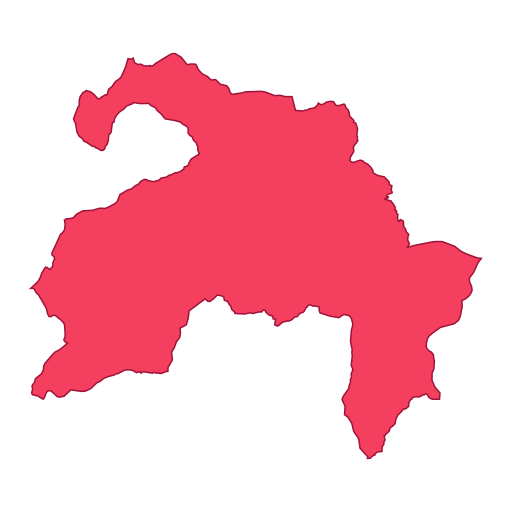 outline of Santiago, Morona Santiago, Ecuador
{"feature_id": "8360857B27745190393271", "entity_name": "Santiago", "entity_type": "district", "adm_level": 2, "iso_a3": "ECU", "parent_name": "Ecuador", "parent_adm1": "Morona Santiago", "projection": "albers", "projection_center": [-78.365, -2.749], "detail": "fine", "context": "isolated", "style": "filled", "palette": "rose", "viewbox_px": 512, "rotation_deg": 0, "n_neighbors": 0, "source": "geoboundaries", "source_scale": "gbopen_adm2", "svg_char_len": 5981}
<svg xmlns="http://www.w3.org/2000/svg" viewBox="0 0 512 512"><path d="M83.1,92.4L80.1,96.7L79.2,100.6L79.3,105.1L77.6,107.9L73.5,118.9L75.6,123.8L77.0,132.1L79.2,136.3L82.5,138.8L83.9,141.2L86.7,142.4L92.2,146.2L94.7,146.6L95.9,148.0L97.5,148.2L100.7,150.4L103.1,150.3L104.8,148.8L105.1,146.6L107.3,143.9L108.3,140.3L108.8,134.8L110.5,133.3L111.2,131.8L112.3,123.0L114.0,122.1L114.6,118.7L116.7,115.1L119.4,112.1L123.8,109.0L126.6,106.0L132.0,103.9L133.9,102.6L140.0,103.6L148.7,103.4L150.7,105.4L155.5,107.8L156.9,110.3L161.0,113.8L165.2,118.9L173.9,120.3L180.5,122.1L182.9,124.3L187.2,126.7L188.1,128.6L188.1,133.1L190.1,135.6L192.2,136.8L193.5,140.2L196.1,142.7L198.0,147.6L197.7,149.9L199.4,153.9L191.2,159.0L189.1,162.6L188.5,164.9L186.2,166.6L184.8,166.6L184.0,167.3L184.0,168.5L183.3,169.4L179.5,171.9L176.9,172.7L175.4,172.6L170.9,175.0L169.5,175.0L166.2,177.2L161.2,178.0L159.0,180.1L153.7,181.7L148.2,180.7L146.9,179.6L145.3,179.8L144.6,179.3L142.1,180.6L140.1,181.9L138.7,184.1L135.4,185.6L131.3,189.0L127.8,189.9L120.0,194.5L117.2,201.6L115.0,203.5L108.2,207.2L105.4,208.4L99.6,208.2L92.4,210.3L82.7,210.8L76.3,214.4L73.6,217.6L70.5,218.5L66.4,218.8L64.4,220.1L65.2,224.1L64.6,229.7L62.5,232.8L60.6,234.1L51.9,253.2L52.0,254.9L54.1,256.8L54.5,259.0L52.9,262.6L52.9,265.2L52.2,266.8L50.0,269.5L46.6,267.2L45.9,267.1L44.9,267.9L41.5,273.6L40.6,276.8L38.1,281.4L30.7,288.4L32.6,288.3L34.2,288.9L35.7,292.0L38.8,295.3L46.3,308.3L47.6,313.8L49.1,316.6L51.0,316.7L53.0,315.3L55.2,315.4L61.5,320.5L63.5,322.8L64.5,324.7L65.1,332.6L65.1,336.9L63.9,339.4L64.1,340.5L65.2,341.9L67.4,343.3L60.1,349.4L54.5,352.4L45.3,362.9L43.7,366.0L43.4,370.1L41.2,374.0L35.4,378.8L34.6,382.1L32.0,385.8L32.6,389.0L31.6,393.0L32.5,394.7L37.8,396.0L43.0,399.2L44.1,398.3L46.3,392.5L48.0,391.0L49.5,390.6L51.4,391.3L57.4,396.8L59.5,397.1L64.0,396.3L70.8,389.9L81.6,391.4L85.5,391.1L90.8,388.6L96.8,382.8L100.1,381.4L103.7,378.4L108.0,376.6L114.2,375.0L116.3,373.7L117.8,373.7L124.8,370.1L128.8,369.8L132.3,370.3L136.5,372.6L140.3,371.7L141.0,373.1L143.3,371.7L152.4,373.2L153.6,372.2L154.8,372.8L161.2,373.5L165.9,371.6L167.9,371.4L168.0,367.5L172.4,360.0L171.6,352.1L174.0,348.4L176.4,341.9L179.8,337.3L180.5,332.2L179.9,328.3L186.3,324.8L188.2,318.4L189.1,310.8L205.2,298.8L207.7,301.3L209.9,301.5L213.9,298.5L217.2,295.0L221.8,295.9L223.9,297.3L224.3,300.2L227.9,301.7L229.2,304.5L230.8,305.9L231.6,309.3L234.7,312.2L234.7,313.2L235.5,313.5L244.7,314.0L250.2,312.8L252.2,313.5L260.1,311.8L261.5,312.1L262.8,310.3L265.0,310.2L265.9,312.2L269.1,315.1L272.7,316.2L273.2,319.0L275.4,319.0L274.8,324.9L277.4,326.1L279.8,324.8L280.3,323.9L283.0,322.1L287.4,321.0L289.3,321.0L291.9,319.6L294.7,317.0L297.4,316.6L298.7,314.6L300.5,313.1L303.3,312.2L304.7,310.5L305.5,308.3L307.3,306.9L307.7,305.7L310.2,304.7L312.9,306.2L314.3,305.9L319.3,306.9L319.1,310.2L320.0,312.9L329.5,316.0L338.7,317.7L343.2,314.8L344.4,314.6L348.6,315.4L350.3,316.8L351.6,319.2L352.9,324.5L351.4,330.2L350.5,341.5L352.2,349.9L351.8,352.2L352.3,356.0L351.2,365.3L352.6,368.7L352.7,370.3L351.3,373.6L351.4,377.0L350.3,379.9L350.5,382.1L349.1,385.9L348.8,388.5L343.7,395.6L342.2,398.8L342.2,400.0L345.1,406.2L344.5,414.7L348.2,417.4L351.9,423.7L353.7,431.4L358.0,437.6L358.9,440.0L360.0,448.2L367.5,456.5L367.9,457.3L367.4,458.4L370.2,458.3L373.5,455.1L374.8,455.1L375.1,453.8L377.0,452.1L382.0,451.4L382.1,446.9L383.8,444.4L384.0,441.9L385.0,440.0L384.1,436.1L385.1,435.6L386.0,433.7L387.2,433.1L389.4,430.8L389.6,428.9L391.3,426.8L392.3,426.4L395.1,423.7L395.9,419.0L397.8,415.2L402.1,410.9L403.3,409.0L405.7,408.9L408.6,406.4L408.8,402.8L410.4,399.9L412.1,398.7L412.6,397.5L415.4,396.8L419.3,396.9L423.2,394.8L424.2,394.9L425.0,394.0L426.3,393.9L427.4,394.6L428.7,397.3L431.0,398.7L432.2,399.2L439.5,399.3L440.0,393.0L434.9,387.0L432.0,380.2L432.1,373.2L433.9,368.8L434.4,360.5L433.8,358.9L433.4,354.7L431.6,352.3L428.4,350.4L426.3,347.4L426.4,343.2L427.4,338.8L428.9,336.3L431.6,333.8L440.4,327.4L454.3,323.7L458.4,320.4L460.2,316.7L462.2,306.6L461.9,300.7L465.9,298.6L468.8,296.1L470.6,293.8L472.1,290.3L471.5,286.0L469.5,281.9L469.5,277.9L473.6,272.4L478.0,262.8L481.3,258.4L477.6,258.0L466.3,253.9L460.8,251.2L454.7,246.3L442.4,241.6L435.7,241.5L430.7,242.2L414.9,245.3L407.6,247.2L409.4,243.7L407.7,240.1L408.0,236.4L408.8,234.6L406.1,231.5L405.7,229.3L403.7,226.6L403.4,221.5L402.4,220.3L401.9,220.6L400.4,219.6L399.0,221.4L398.4,221.0L397.5,218.4L397.9,214.3L396.7,213.3L396.1,212.2L396.7,211.3L395.5,210.5L395.7,209.7L394.8,209.3L395.2,207.7L394.9,206.6L392.7,203.1L391.1,201.7L391.1,201.0L384.8,199.2L385.4,198.4L387.5,198.1L388.4,197.3L388.1,196.7L386.5,196.6L386.5,195.7L387.4,194.6L392.0,193.0L392.2,192.4L391.2,190.1L391.9,185.6L389.4,184.8L389.3,182.8L388.6,181.3L384.3,176.9L377.6,175.4L373.1,172.8L372.8,172.4L373.1,170.9L370.8,167.2L367.8,164.2L364.1,162.3L363.0,161.0L360.8,160.2L359.2,160.4L353.5,162.5L351.1,161.7L350.0,160.7L350.2,157.6L353.8,151.4L353.4,146.9L357.8,140.8L357.3,139.0L357.5,136.9L356.8,135.4L357.6,129.3L356.0,123.6L355.2,122.7L353.7,122.3L353.8,120.4L349.7,116.2L349.2,112.5L347.8,109.4L346.8,108.9L346.0,107.5L344.7,104.3L343.7,104.1L339.3,105.5L337.1,105.6L335.6,105.0L333.6,101.7L330.6,101.3L326.5,102.1L324.2,103.7L321.2,104.8L318.3,103.1L317.2,105.3L315.5,107.1L313.0,108.3L309.6,108.7L307.0,110.1L304.6,110.3L303.2,111.0L295.5,110.4L292.0,96.6L285.3,96.6L280.1,95.3L274.6,95.6L265.9,92.2L261.2,91.3L245.6,91.8L242.5,92.8L231.9,94.4L230.0,92.1L228.8,88.6L227.0,85.9L220.2,84.1L215.6,79.6L211.1,80.0L207.6,76.6L201.8,73.5L198.1,69.2L196.5,65.2L195.2,64.1L190.8,64.0L187.2,64.7L181.1,57.1L175.1,53.6L172.7,53.6L170.2,54.5L155.7,63.3L153.4,65.4L150.5,66.4L149.9,65.5L148.4,66.0L144.0,65.8L141.0,64.2L137.7,64.4L134.6,62.7L133.2,58.1L131.7,59.1L128.0,58.7L125.5,67.2L121.4,76.4L119.7,78.6L115.4,81.6L112.1,86.4L108.7,89.2L107.0,94.9L105.3,94.9L101.4,97.1L100.2,98.5L98.0,98.8L93.9,94.4L90.7,91.8L86.0,90.5L84.8,91.8L83.1,92.4Z" fill="#f43f5e" stroke="#9f1239" stroke-width="1.5"/></svg>